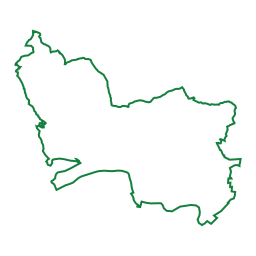 the district of Soimus, Hunedoara, Romania
{"feature_id": "2599482B73635822443481", "entity_name": "Soimus", "entity_type": "district", "adm_level": 2, "iso_a3": "ROU", "parent_name": "Romania", "parent_adm1": "Hunedoara", "projection": "equal_earth", "projection_center": [22.855, 45.95], "detail": "fine", "context": "isolated", "style": "outline", "palette": "green", "viewbox_px": 256, "rotation_deg": 0, "n_neighbors": 0, "source": "geoboundaries", "source_scale": "gbopen_adm2", "svg_char_len": 5688}
<svg xmlns="http://www.w3.org/2000/svg" viewBox="0 0 256 256"><path d="M136.4,206.5L140.2,207.1L141.6,201.6L145.8,202.7L150.7,203.4L160.8,203.2L162.6,204.9L163.9,208.4L166.7,210.8L172.1,211.3L180.1,206.6L190.8,205.0L196.0,205.4L199.0,207.5L199.8,212.1L199.5,215.3L197.6,219.6L198.9,223.0L202.1,225.1L202.9,224.4L204.6,223.6L207.1,221.1L211.1,223.8L217.1,217.9L216.0,217.2L214.0,215.5L221.1,211.1L228.5,203.1L227.9,202.7L230.4,199.9L230.8,199.5L233.9,198.4L234.2,197.2L234.7,196.0L235.2,192.0L231.6,191.4L232.0,186.8L230.1,187.1L230.4,182.6L228.1,183.0L228.2,179.8L228.5,178.5L228.8,178.7L231.5,178.6L231.2,178.0L230.1,177.3L230.1,176.7L229.9,176.2L230.3,174.7L231.0,171.5L229.9,168.0L233.8,165.7L235.2,165.1L237.3,165.1L239.5,166.0L239.4,164.3L239.8,163.7L240.6,159.0L230.1,159.7L228.8,159.4L228.4,158.9L227.0,158.5L225.4,157.5L224.6,157.3L224.3,155.6L223.8,155.8L222.5,153.8L221.1,150.4L219.9,149.9L219.5,148.5L217.2,144.0L216.8,143.0L218.3,142.9L219.8,143.4L220.8,143.3L221.3,140.6L220.1,139.4L220.7,139.1L224.7,140.8L224.4,139.9L224.6,139.0L225.4,137.2L226.6,135.9L225.8,134.1L227.6,129.9L227.5,128.5L227.1,126.6L229.0,125.9L230.2,124.9L231.2,124.7L232.3,124.0L232.9,124.1L233.2,123.6L234.5,123.3L234.5,123.1L234.3,122.9L234.4,122.6L233.8,121.8L233.1,120.5L233.1,120.1L232.7,119.2L232.6,118.1L234.7,115.1L235.0,114.0L235.0,112.9L234.7,112.2L234.6,110.5L234.9,109.3L236.0,107.9L235.5,106.9L235.5,106.2L234.4,104.9L232.1,103.4L231.7,102.6L230.2,102.3L229.0,101.4L228.2,101.6L227.8,101.4L226.8,101.8L224.6,101.9L222.5,103.0L220.5,103.1L219.5,103.9L218.8,104.8L217.8,104.5L215.0,104.7L211.4,104.2L210.9,104.6L210.0,104.9L207.6,103.9L205.6,103.3L204.9,103.2L203.7,103.5L202.9,103.5L200.9,102.3L199.0,102.7L193.4,99.9L193.5,99.1L194.4,98.2L193.7,97.4L190.6,98.5L188.5,98.6L187.8,96.7L186.1,94.9L185.7,93.6L184.2,90.9L183.9,89.6L182.1,87.2L179.9,88.6L178.4,88.9L176.8,88.8L174.7,89.3L172.1,90.6L170.1,90.9L168.2,91.6L166.3,92.8L165.1,94.2L162.9,95.1L160.4,96.8L156.1,97.9L154.6,97.7L153.4,98.4L150.5,101.8L148.6,102.3L145.2,101.6L143.0,100.7L142.0,100.7L140.8,100.3L138.0,100.6L135.8,101.3L134.6,101.4L134.2,101.8L133.3,102.4L129.3,103.7L128.3,105.8L128.5,106.8L128.0,107.0L127.7,106.7L127.0,106.4L124.7,106.0L123.2,105.9L121.9,106.2L121.0,106.8L120.0,107.1L118.1,106.9L116.0,106.0L114.5,106.0L112.2,105.5L111.6,105.0L111.6,104.1L111.3,103.8L111.5,103.3L110.8,100.5L111.0,98.4L110.4,97.2L110.2,96.5L110.3,95.6L109.0,92.6L108.5,89.3L108.2,88.0L107.6,86.5L107.4,81.5L103.5,74.6L102.3,74.1L101.6,73.4L98.4,71.5L97.3,70.3L97.1,69.7L96.5,69.4L95.9,68.7L92.7,64.2L91.3,61.7L90.8,60.1L90.6,59.9L88.4,59.0L86.3,59.1L85.5,59.0L84.8,58.7L84.2,58.0L83.2,57.8L82.7,57.9L82.3,58.2L80.3,58.4L77.7,59.0L77.4,59.2L77.5,59.3L75.8,59.8L71.8,60.3L69.8,61.6L67.8,62.2L66.4,62.9L65.5,63.8L65.5,64.2L64.8,64.2L65.1,61.9L64.8,59.3L62.6,55.4L61.6,54.3L59.9,53.4L59.4,52.8L59.9,52.6L58.5,51.0L57.6,50.4L56.2,51.3L52.4,51.7L50.9,52.4L50.4,50.9L50.4,49.4L50.3,48.4L49.4,46.8L47.8,45.7L47.2,45.6L45.4,44.4L44.1,44.3L41.4,42.3L40.5,38.1L39.5,37.4L39.1,36.6L39.3,36.1L40.2,35.1L40.3,34.5L40.0,33.7L39.4,33.1L37.5,32.4L36.6,31.8L34.4,32.2L33.6,31.6L33.2,31.1L33.4,31.0L33.1,30.9L33.0,32.2L33.2,34.6L32.7,35.9L31.3,38.3L30.6,39.3L29.1,39.9L28.0,41.4L27.2,42.2L26.7,43.1L25.7,45.6L31.1,45.8L32.9,47.5L33.1,48.1L33.0,49.8L33.5,51.5L33.5,52.1L32.7,52.7L31.7,52.9L28.7,55.1L27.2,55.6L25.6,55.6L22.2,56.5L21.0,57.3L20.0,59.5L19.3,60.5L18.3,61.0L15.8,63.6L15.4,64.8L15.9,65.2L16.1,65.1L16.7,64.2L16.9,64.2L17.7,65.6L18.5,66.0L19.4,67.2L20.3,67.1L19.3,68.5L18.6,68.2L18.3,68.4L17.7,69.7L16.7,69.9L16.2,70.4L16.0,71.5L17.9,72.4L17.7,73.5L17.8,74.9L17.2,75.8L18.6,77.2L19.7,78.8L22.6,84.1L22.8,85.2L23.5,86.5L23.8,88.8L24.4,88.8L24.5,89.0L24.7,90.3L24.7,91.0L24.9,91.5L24.9,92.7L25.5,93.4L26.0,95.8L26.4,96.7L26.5,97.4L27.2,98.6L28.1,99.4L28.7,99.7L29.0,100.6L28.9,101.1L29.2,101.5L28.8,102.6L29.0,103.3L28.8,103.9L29.4,104.2L30.3,105.2L31.8,105.9L32.3,106.3L32.5,106.9L33.0,107.3L33.6,108.4L34.4,111.1L35.8,112.3L35.9,113.0L36.2,113.4L36.3,114.4L37.7,115.1L38.0,116.0L38.6,116.4L38.6,117.2L39.8,118.1L40.0,119.2L41.7,120.1L42.7,121.0L43.5,121.1L44.7,122.2L44.4,122.2L44.7,122.9L45.4,123.5L45.0,123.9L44.7,123.7L44.8,124.0L44.3,124.3L43.9,123.9L43.8,124.0L43.8,124.5L42.8,124.8L41.9,123.8L42.1,122.7L41.9,122.2L41.5,122.6L41.0,123.3L40.7,123.5L40.1,123.2L39.9,123.5L39.6,123.4L39.5,123.6L39.2,125.4L39.4,125.8L40.7,125.9L41.4,126.4L42.0,126.3L41.7,125.9L42.4,125.9L43.0,126.5L43.8,126.6L43.8,127.4L42.6,127.3L42.1,127.6L40.0,126.4L39.5,126.3L38.6,125.5L37.2,126.8L36.5,126.4L36.9,128.0L37.7,129.1L39.6,131.1L39.6,131.7L39.1,132.6L39.2,133.4L38.8,134.4L38.9,134.5L39.0,136.1L39.3,137.0L40.5,138.4L41.4,140.2L41.8,141.3L41.6,142.1L41.8,142.6L42.7,144.2L43.2,145.5L43.2,146.9L43.6,148.4L43.6,149.0L42.9,150.4L43.0,151.3L44.4,153.3L44.9,154.5L48.9,158.8L47.6,159.7L46.2,161.5L46.4,161.8L47.2,162.3L47.4,163.2L47.4,163.9L47.9,164.7L50.3,165.7L50.9,165.3L51.6,163.8L52.2,163.3L52.1,161.0L52.7,159.7L54.9,159.2L59.8,158.6L64.2,159.2L70.2,160.6L76.8,161.3L78.3,162.5L78.6,162.3L77.9,161.0L76.4,159.2L76.9,159.3L79.0,160.9L79.3,161.8L80.4,163.0L70.7,168.3L65.0,171.0L57.8,172.4L56.5,173.6L55.7,175.1L55.3,176.9L55.2,178.2L53.6,179.8L51.9,181.0L51.7,181.0L51.3,181.9L51.6,182.5L54.2,184.3L56.5,189.9L65.5,185.3L69.3,184.1L73.0,182.6L78.4,178.1L80.6,176.8L83.4,175.8L96.0,171.8L99.1,171.1L104.2,170.7L111.9,171.2L118.2,170.6L121.8,170.8L123.2,171.2L126.3,172.1L127.9,172.9L128.4,173.4L129.1,175.1L129.4,177.1L131.2,183.0L131.7,187.3L132.4,190.1L133.4,192.6L132.2,193.2L131.5,193.3L131.0,193.7L132.4,195.6L133.6,198.4L133.5,199.3L134.3,201.1L135.9,203.4L138.5,205.3L137.6,206.4L136.4,206.5Z" fill="none" stroke="#15803d" stroke-width="2"/></svg>